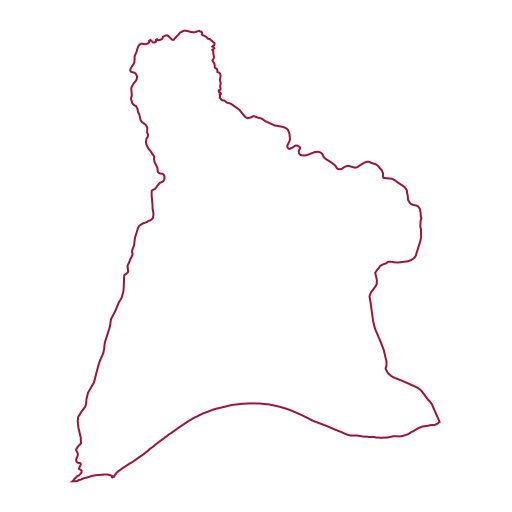 outline of Hatu-Udo, Ainaro, East Timor
{"feature_id": "22284137B3809405900530", "entity_name": "Hatu-Udo", "entity_type": "district", "adm_level": 2, "iso_a3": "TLS", "parent_name": "East Timor", "parent_adm1": "Ainaro", "projection": "orthographic", "projection_center": [125.605, -9.116], "detail": "fine", "context": "isolated", "style": "outline", "palette": "rose", "viewbox_px": 512, "rotation_deg": 0, "n_neighbors": 0, "source": "geoboundaries", "source_scale": "gbopen_adm2", "svg_char_len": 5960}
<svg xmlns="http://www.w3.org/2000/svg" viewBox="0 0 512 512"><path d="M103.3,353.0L99.9,360.9L98.3,365.6L94.0,382.3L88.0,392.8L86.5,398.9L86.0,404.3L85.1,406.9L81.7,411.3L79.8,414.4L78.2,416.9L77.7,421.1L78.4,427.6L80.7,437.4L81.0,443.4L78.6,445.8L77.3,447.4L76.1,449.7L76.4,450.7L77.7,453.2L77.8,454.8L77.4,456.6L76.5,458.3L76.1,459.8L76.5,461.8L77.9,462.8L80.2,463.1L80.7,463.7L80.8,464.5L79.0,468.2L79.1,468.9L79.9,469.5L80.7,469.8L81.5,470.6L81.6,471.4L81.5,472.6L80.1,474.3L79.0,475.4L77.8,475.8L76.8,476.5L75.6,477.9L74.0,479.3L73.5,480.4L72.4,481.3L76.5,481.2L77.5,480.9L78.7,480.0L80.8,479.6L84.2,478.1L86.5,477.7L90.4,476.4L93.9,475.5L97.1,475.1L104.9,474.5L107.6,474.5L111.6,475.6L111.9,477.1L112.3,477.4L112.5,477.3L112.7,477.2L113.1,476.4L114.2,476.5L114.4,475.8L116.2,473.3L117.2,472.2L121.8,468.7L129.1,463.9L133.4,461.4L139.9,456.7L142.7,454.9L147.9,450.8L149.6,449.1L152.6,447.0L158.5,442.2L164.2,438.1L165.0,437.3L166.6,436.3L169.1,434.3L171.3,433.0L178.9,427.5L189.1,420.7L193.6,418.1L203.0,413.4L207.3,411.9L212.6,409.8L216.5,408.6L218.7,408.2L232.1,404.9L243.9,403.7L250.1,403.4L255.0,403.4L260.6,403.6L269.5,404.5L279.5,406.7L285.3,408.4L290.7,410.3L299.3,414.0L307.5,417.9L309.8,419.2L312.9,420.8L327.8,426.4L334.9,429.6L341.2,432.0L344.1,433.4L347.9,434.9L350.5,435.5L356.7,435.5L363.6,436.6L367.0,436.7L369.1,437.0L373.7,436.9L376.1,437.5L379.4,437.6L380.3,437.8L387.6,437.5L393.4,436.2L399.5,436.4L401.8,436.2L408.1,434.2L411.1,432.2L414.0,430.8L418.2,428.2L422.0,426.6L428.2,425.7L430.7,425.1L434.3,425.0L437.1,423.9L439.6,421.9L431.8,404.1L429.7,401.3L428.0,399.7L422.0,391.5L420.4,389.8L417.7,387.8L402.2,380.8L394.5,377.8L391.1,376.0L387.9,373.1L386.4,370.4L385.8,369.1L385.6,368.1L386.2,366.9L386.5,364.8L386.5,361.6L383.8,350.2L380.9,342.5L375.4,329.7L374.3,326.1L373.0,320.3L370.8,304.0L369.5,296.4L370.1,294.3L371.3,291.9L375.3,286.7L376.7,284.2L376.9,280.5L376.6,278.7L375.2,272.7L377.2,269.7L378.8,268.2L379.3,267.1L380.3,265.8L382.8,264.5L386.4,263.2L388.0,261.8L389.4,261.7L392.0,261.9L394.8,262.4L398.1,262.5L407.9,261.3L411.3,260.0L412.6,259.1L414.9,257.2L415.7,255.9L420.5,240.4L421.1,237.0L421.0,229.5L420.6,227.8L420.3,225.8L420.6,220.7L421.4,218.2L420.8,216.4L420.6,212.3L419.7,208.5L417.9,206.3L416.2,205.5L413.9,205.1L411.0,204.1L410.2,203.4L408.3,200.4L408.0,199.4L407.7,195.5L407.1,193.1L406.9,190.9L406.5,189.7L404.4,186.9L397.2,182.1L395.2,180.6L392.9,179.2L391.8,178.7L385.9,178.2L383.4,177.8L383.1,176.7L383.0,173.6L382.1,170.8L381.2,169.6L380.0,168.4L378.0,165.9L377.0,165.0L375.4,164.1L371.3,162.9L368.8,161.8L367.6,161.7L366.1,162.0L364.6,162.6L360.1,165.2L357.2,167.2L355.9,167.5L354.1,167.5L349.0,166.0L347.7,166.0L345.8,166.4L344.2,167.1L341.3,169.1L338.3,169.2L337.6,168.9L336.8,168.1L335.3,165.6L331.9,162.9L325.4,158.7L324.3,157.8L323.4,156.6L322.9,155.1L322.2,153.9L321.0,152.8L319.7,152.2L318.3,151.8L315.0,152.0L306.6,155.2L304.3,155.5L302.0,155.3L300.6,155.0L299.6,154.2L299.0,153.3L298.8,152.1L298.7,151.2L299.2,150.0L300.0,148.8L300.1,147.8L299.4,146.8L298.2,146.0L296.8,145.5L295.4,145.6L294.0,146.4L292.9,147.3L290.3,148.7L289.2,148.9L288.2,148.3L287.5,147.4L287.3,146.2L287.4,145.2L289.3,141.6L289.8,140.2L289.9,138.7L289.5,134.2L289.2,132.6L287.9,129.9L286.9,128.8L285.0,127.7L282.4,126.8L274.4,125.4L265.4,121.2L262.2,118.9L260.7,118.3L259.1,118.0L253.5,116.1L250.3,117.6L248.7,118.1L247.6,118.2L246.9,117.9L245.4,117.1L239.1,109.6L231.1,103.9L229.9,103.4L226.9,102.6L224.2,100.5L222.2,100.3L221.6,99.9L219.8,97.8L220.0,96.7L219.7,94.3L220.5,94.4L220.9,93.7L220.6,93.0L219.9,92.3L218.9,91.9L218.8,90.3L219.6,90.1L220.4,89.6L220.6,88.4L220.1,86.8L220.7,83.3L219.9,80.1L220.6,75.9L220.1,73.6L219.4,72.9L217.4,72.0L217.4,70.5L217.1,69.2L216.4,68.6L214.8,67.7L214.6,64.7L214.1,63.2L213.9,62.5L213.2,61.8L212.4,60.3L213.7,58.4L214.0,57.1L213.2,53.0L213.4,51.2L212.3,49.9L214.3,48.3L213.6,47.2L212.3,46.6L213.1,45.8L214.3,45.1L214.6,43.8L214.4,43.0L210.7,40.0L209.9,39.1L208.0,38.8L206.4,37.0L204.2,35.8L202.4,35.1L201.9,34.4L202.1,33.3L201.9,32.5L201.4,31.7L200.3,31.7L199.2,30.8L194.1,32.4L190.9,32.0L187.7,31.1L185.4,30.7L183.8,30.7L180.1,32.6L178.5,34.6L174.5,38.7L174.0,39.6L173.2,39.9L172.2,39.7L170.7,38.4L168.3,35.9L167.7,35.4L166.2,35.4L164.5,36.0L163.0,36.8L162.4,38.5L161.8,39.2L160.8,39.5L159.6,40.2L158.0,40.2L157.0,39.2L155.9,39.9L156.2,40.7L155.6,42.1L154.2,42.5L153.0,42.3L150.4,39.9L149.0,40.9L149.4,41.6L149.2,42.4L147.9,43.4L144.9,44.3L141.8,43.6L140.8,43.8L139.9,44.4L138.5,45.8L137.1,49.6L136.6,51.7L134.7,56.0L134.6,56.9L134.6,59.8L134.3,62.4L133.7,63.7L130.4,69.1L130.3,70.3L130.4,71.0L131.2,71.9L134.7,72.8L135.7,73.8L136.3,74.7L137.1,76.7L136.8,78.8L136.1,80.5L133.8,83.3L131.5,87.2L131.2,88.8L131.5,91.2L131.8,95.7L131.1,98.0L131.0,98.9L132.2,102.9L133.1,104.2L133.8,104.9L135.9,106.1L136.5,106.8L137.6,109.4L138.2,112.7L138.9,113.5L139.3,114.6L140.5,119.8L140.9,120.7L141.6,121.7L145.1,124.4L146.2,125.6L147.0,126.8L147.3,127.7L147.1,132.5L147.8,134.0L148.1,135.2L147.5,137.3L146.5,138.5L145.9,142.2L146.3,144.2L147.1,146.2L148.3,148.4L150.2,150.7L154.1,156.4L154.2,157.5L154.0,158.9L154.5,161.7L155.1,163.3L156.1,165.0L157.4,167.9L157.7,171.1L158.1,172.3L159.5,173.3L162.2,173.8L163.3,174.3L163.9,175.0L164.3,176.1L164.5,177.1L164.5,178.2L164.1,179.8L163.5,180.9L162.7,181.6L160.4,182.6L159.5,183.2L157.2,185.9L156.2,187.6L154.6,189.1L152.4,190.2L151.8,190.8L151.6,192.1L151.7,196.3L152.5,205.0L152.5,207.5L152.9,210.9L153.4,212.9L153.4,215.2L152.9,218.1L151.7,219.3L150.2,220.4L148.4,221.0L146.7,222.1L143.1,223.3L140.3,225.0L139.3,225.8L138.0,228.1L134.9,238.0L134.1,245.0L132.2,250.1L132.0,251.7L132.5,253.5L132.5,254.9L131.0,258.0L130.2,259.2L129.3,262.1L127.6,265.5L127.6,266.9L128.2,271.8L126.6,273.7L125.7,274.1L124.3,275.1L124.1,276.2L123.7,287.8L123.3,291.9L121.6,297.8L120.0,300.6L118.8,302.5L115.4,310.8L111.3,318.5L110.7,320.7L110.3,324.4L109.7,327.3L105.0,342.0L104.4,345.6L104.3,348.0L103.3,353.0Z" fill="none" stroke="#9f1239" stroke-width="2"/></svg>